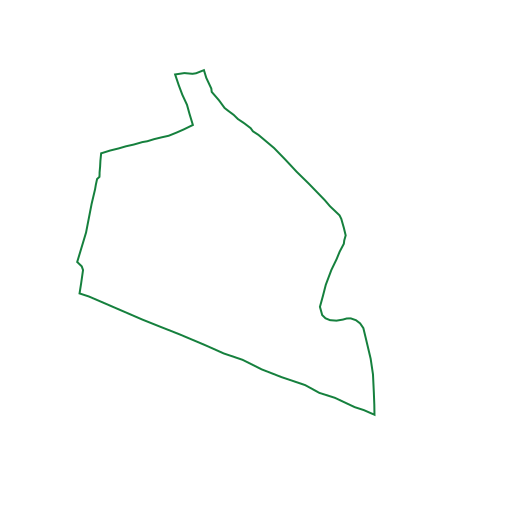 Abu Al-Khaseeb, Al-Basrah, Iraq, rotated 33°
{"feature_id": "34846034B47596068894282", "entity_name": "Abu Al-Khaseeb", "entity_type": "district", "adm_level": 2, "iso_a3": "IRQ", "parent_name": "Iraq", "parent_adm1": "Al-Basrah", "projection": "robinson", "projection_center": [48.016, 30.336], "detail": "fine", "context": "isolated", "style": "outline", "palette": "green", "viewbox_px": 512, "rotation_deg": 33, "n_neighbors": 0, "source": "geoboundaries", "source_scale": "gbopen_adm2", "svg_char_len": 1404}
<svg xmlns="http://www.w3.org/2000/svg" viewBox="0 0 512 512"><g transform="rotate(33 256 256)"><path d="M303.9,176.4L291.0,174.0L283.2,171.7L260.5,166.5L244.1,163.2L229.7,159.6L228.1,159.2L212.3,155.6L192.1,153.1L185.5,153.1L181.9,151.7L174.1,151.1L166.3,151.0L160.4,149.8L153.9,149.4L149.1,149.0L140.2,145.6L129.5,142.5L127.3,139.9L117.3,133.7L111.1,128.5L106.2,135.4L103.5,137.8L96.3,141.6L90.3,146.9L89.3,147.8L98.0,154.7L106.4,160.9L115.8,166.8L122.8,173.0L131.7,180.5L126.4,189.3L122.2,195.7L117.3,202.7L112.0,208.1L106.9,213.5L102.3,219.0L98.6,222.4L96.9,224.4L92.7,229.2L87.2,234.8L82.3,240.5L76.2,247.0L71.5,252.7L70.2,254.2L73.6,260.8L76.6,266.0L79.3,271.1L80.5,273.0L81.6,274.9L80.8,278.0L82.8,283.3L84.7,287.7L89.7,301.7L100.7,328.9L107.7,352.9L109.3,358.4L115.5,359.6L118.6,362.0L124.3,374.3L128.4,383.5L137.8,381.0L173.6,374.9L195.4,371.2L214.1,367.5L234.8,363.3L262.3,358.4L282.0,355.3L301.2,350.4L322.5,348.0L343.3,343.7L367.6,337.5L383.7,336.3L399.3,332.0L421.1,329.0L430.4,326.5L437.7,325.3L441.8,324.6L436.3,316.4L429.1,306.2L418.6,291.6L408.1,279.7L392.8,265.1L385.3,258.0L380.0,255.8L374.8,255.4L369.5,256.7L366.2,258.9L363.5,262.0L358.7,266.4L353.0,269.5L348.2,270.4L343.7,269.5L337.3,263.8L333.9,253.1L330.2,242.1L326.8,226.6L325.3,214.7L323.8,206.7L323.0,197.9L321.5,194.8L320.0,189.9L314.4,184.6L307.3,178.4L303.9,176.4Z" fill="none" stroke="#15803d" stroke-width="2"/></g></svg>